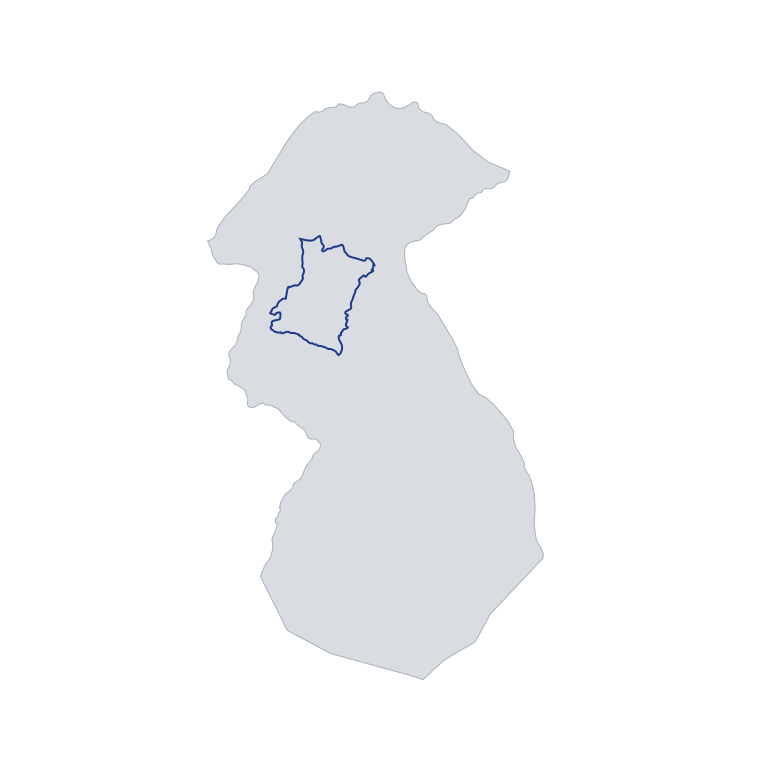 location of San Pedro within Paraguay, rotated 209°
{"feature_id": "PRY-606", "entity_name": "San Pedro", "entity_type": "Department", "adm_level": 1, "iso_a3": "PRY", "parent_name": "Paraguay", "parent_adm1": "", "projection": "natural_earth1", "projection_center": [-56.605, -24.173], "detail": "fine", "context": "in_parent", "style": "outline", "palette": "blue", "viewbox_px": 768, "rotation_deg": 209, "n_neighbors": 0, "source": "natural_earth", "source_scale": "10m", "svg_char_len": 7896}
<svg xmlns="http://www.w3.org/2000/svg" viewBox="0 0 768 768"><g transform="rotate(209 384 384)"><path d="M399.2,177.3L400.4,181.9L401.1,185.5L402.8,188.0L404.6,191.4L406.4,193.2L407.6,196.4L407.3,200.0L408.0,204.6L408.9,208.6L409.8,209.6L412.3,210.6L413.6,214.3L412.7,216.1L413.1,218.2L414.0,220.2L413.1,222.2L413.6,223.8L415.3,225.1L416.9,230.2L417.1,238.8L415.3,243.4L413.9,247.1L413.6,249.5L414.7,252.8L412.9,256.8L410.8,261.6L411.3,265.0L411.7,268.1L411.9,271.5L412.4,274.6L411.7,278.0L411.0,280.9L410.7,284.3L411.6,288.1L410.0,291.6L409.1,294.1L408.8,296.7L410.4,300.6L414.4,302.3L417.6,302.7L420.6,300.6L422.9,300.0L427.1,301.9L431.0,305.3L435.9,305.7L440.3,306.3L443.7,307.4L448.6,306.1L453.7,307.4L459.7,309.2L464.6,310.9L469.6,310.5L473.3,310.3L477.1,308.4L480.8,308.6L483.7,305.3L485.3,302.3L486.7,300.2L490.7,298.5L493.5,299.6L495.8,305.0L499.9,308.2L501.5,310.5L504.5,311.6L511.0,311.8L515.0,311.6L519.6,313.2L522.6,313.2L525.2,316.2L527.7,319.7L528.0,326.2L530.3,331.3L533.3,333.2L534.9,336.3L534.3,340.7L532.9,345.1L533.1,350.0L534.7,354.4L534.7,358.8L535.7,363.2L537.8,367.0L538.5,373.0L538.1,377.5L539.5,380.0L540.1,383.5L539.2,386.5L538.8,390.5L539.0,394.0L540.0,397.0L543.2,400.8L544.0,407.5L544.0,412.1L545.4,417.6L548.1,420.1L552.3,420.9L557.2,421.8L563.1,420.5L568.4,419.0L571.4,417.6L577.2,413.6L582.3,411.3L584.9,409.8L587.4,408.7L592.5,411.3L597.2,414.4L600.9,418.8L607.7,423.6L606.4,424.8L603.6,428.8L603.7,433.4L605.5,440.1L603.8,454.2L598.4,475.7L596.2,488.3L597.1,491.8L595.1,498.1L587.8,511.6L587.5,520.7L586.5,548.0L584.0,567.3L579.9,581.5L576.1,589.1L572.8,590.0L570.4,592.3L568.9,595.9L566.2,598.9L562.2,601.3L560.0,603.9L559.7,606.8L555.9,608.6L548.6,609.5L544.4,611.8L543.1,615.5L540.7,618.5L537.1,620.7L535.4,624.4L535.5,629.5L533.5,633.9L529.2,637.5L525.2,637.6L521.6,634.2L516.7,631.9L510.6,630.7L505.5,631.6L501.4,634.5L497.8,639.1L494.7,645.3L491.2,646.4L487.3,642.2L482.4,640.9L476.5,642.5L471.8,642.0L468.3,639.2L462.9,638.9L455.7,641.0L441.0,638.5L418.8,631.3L400.1,628.6L377.1,631.1L375.2,623.6L376.4,619.6L380.1,616.5L382.4,613.1L383.3,609.2L385.9,606.2L390.1,604.2L391.9,602.1L391.2,600.1L392.1,598.2L394.5,596.6L395.9,594.1L396.2,590.6L397.1,588.9L398.7,587.7L398.9,585.3L398.0,577.9L398.1,571.9L399.2,567.2L400.6,564.3L401.6,563.6L402.5,561.9L402.9,559.1L404.4,556.5L411.7,551.0L414.5,548.1L414.7,545.4L415.8,541.7L420.1,533.9L421.5,530.2L421.6,528.4L423.1,526.5L428.4,522.2L431.2,518.1L431.7,514.2L430.4,509.9L427.4,505.0L418.0,492.8L410.6,487.3L401.3,482.7L395.1,481.2L392.2,482.8L389.2,481.6L386.1,477.4L381.0,474.2L370.1,470.6L345.5,456.3L335.7,449.5L332.3,445.2L323.1,437.6L308.0,426.6L296.4,421.2L288.3,421.5L275.4,418.3L257.6,411.6L247.3,405.1L244.5,398.8L237.9,392.5L227.4,386.2L222.0,382.0L221.6,380.0L218.5,377.4L212.7,374.2L206.3,368.7L199.3,360.9L191.8,348.9L183.8,332.6L175.3,321.6L166.2,315.9L161.7,312.1L161.7,310.3L160.3,308.5L161.5,305.4L164.6,293.0L169.2,275.0L173.9,256.4L179.5,234.5L179.4,218.9L179.2,202.5L187.4,189.1L193.1,179.5L198.1,170.4L203.1,154.8L206.5,144.4L219.6,141.9L241.8,136.5L252.9,133.8L276.3,128.1L300.0,122.4L325.0,122.0L349.2,121.6L367.9,134.6L382.3,144.4L398.0,155.3L399.1,157.7L400.2,166.8L399.2,177.3Z" fill="#d9dde1" stroke="#a8b0b8" stroke-width="1"/><path d="M527.6,470.3L521.3,472.2L517.1,474.1L516.0,475.1L515.2,476.1L512.9,481.1L512.4,481.9L511.9,482.3L511.5,482.1L509.0,479.6L507.2,477.3L506.9,477.0L506.5,476.8L504.1,475.8L503.6,475.4L503.2,475.0L503.1,474.5L503.0,474.0L503.1,473.5L503.3,472.6L503.2,471.9L503.0,471.1L502.3,470.4L501.9,470.4L501.3,470.7L500.8,471.3L500.3,472.0L500.0,472.7L499.7,473.5L499.2,474.4L498.6,475.2L496.3,476.6L495.7,477.2L495.4,477.8L495.1,478.5L494.7,479.2L494.2,479.8L492.6,480.8L492.0,481.2L488.2,485.5L486.2,484.6L486.0,484.3L485.7,484.1L483.7,481.7L482.8,481.0L477.9,478.9L477.1,478.8L473.5,479.2L470.6,480.1L462.2,481.8L461.5,482.1L461.1,482.3L460.6,482.7L460.4,482.9L460.4,483.1L460.3,483.5L460.3,483.8L460.3,484.0L460.4,484.4L460.4,484.7L460.4,485.0L460.3,485.3L460.0,485.7L459.4,486.1L458.3,486.5L457.4,486.6L456.4,486.5L454.6,485.9L451.1,484.2L450.1,483.4L450.9,483.1L451.1,482.7L450.9,482.2L450.3,481.5L449.9,480.7L449.8,480.2L450.0,479.6L450.1,478.9L450.0,477.9L449.6,477.9L449.2,478.3L448.7,478.2L448.3,477.6L448.3,477.2L451.0,473.1L451.8,469.5L452.0,469.1L452.6,468.7L453.1,468.9L453.5,469.1L454.1,469.1L454.9,468.4L455.2,467.4L455.5,466.2L456.6,463.7L456.3,462.6L455.4,461.8L454.7,461.4L454.3,460.6L453.9,459.8L453.7,458.9L453.7,457.7L453.9,455.0L454.4,453.0L454.5,452.4L453.9,450.8L453.6,449.9L453.1,445.4L452.6,443.5L452.3,439.6L452.1,438.7L451.6,437.6L451.1,436.9L450.1,435.7L449.9,435.2L449.7,434.7L449.7,433.8L449.7,433.5L449.7,433.2L449.9,432.9L450.9,431.7L451.3,430.6L452.3,429.3L452.7,428.1L451.9,426.9L451.4,426.7L449.5,426.9L449.0,426.7L448.8,426.1L448.8,425.5L449.2,424.9L449.5,423.9L449.1,422.8L448.2,422.1L447.2,422.5L446.6,421.0L446.5,419.3L446.3,417.7L445.3,416.4L444.8,416.3L444.1,416.3L443.4,416.2L443.1,415.8L443.3,415.0L443.7,414.4L444.1,413.9L444.3,413.6L444.5,413.4L445.7,412.5L445.9,411.9L446.1,409.9L446.4,408.0L446.5,407.5L446.3,407.2L445.9,406.8L445.5,406.4L445.3,405.7L445.5,405.3L446.4,404.9L446.7,404.3L446.7,403.6L446.5,403.1L445.7,402.1L444.1,400.5L440.2,398.1L438.8,396.4L437.4,393.6L437.3,392.7L437.2,392.0L436.9,390.7L436.9,389.9L437.1,389.2L437.5,388.0L437.7,387.3L439.0,387.5L439.7,387.8L439.9,387.9L440.2,388.1L441.6,388.9L441.8,389.0L442.4,389.2L442.7,389.2L446.3,388.9L446.4,389.0L446.8,388.9L447.4,388.8L448.4,388.3L449.3,387.8L449.7,387.6L450.3,387.6L452.8,387.6L456.6,386.9L458.9,386.1L459.3,385.9L459.5,385.7L459.8,385.5L460.1,385.4L460.5,385.3L461.0,385.4L461.4,385.5L461.8,385.6L462.2,385.7L462.6,385.6L463.6,385.1L464.3,384.8L464.9,384.8L466.2,384.9L466.7,384.8L467.0,384.7L467.4,384.4L467.8,384.0L468.2,383.8L468.6,383.8L469.9,383.9L472.6,384.6L475.7,384.4L476.5,384.5L477.0,384.6L478.3,385.3L478.8,385.4L479.5,385.4L480.9,385.2L481.5,385.3L482.0,385.4L482.3,385.9L482.8,385.9L483.6,385.8L485.3,385.4L486.1,385.3L486.6,385.3L487.0,385.2L489.3,383.9L491.4,383.2L491.9,383.2L492.2,383.3L492.6,383.3L493.0,383.3L494.2,382.6L494.9,381.8L495.7,381.2L496.1,380.4L496.8,379.5L498.5,378.7L499.1,379.2L499.3,379.1L499.7,378.9L500.3,378.4L501.5,377.6L502.5,377.3L503.7,377.2L504.2,377.0L504.7,376.7L505.0,376.7L505.8,377.0L506.5,377.1L508.8,377.2L509.5,377.5L510.0,377.7L510.4,378.2L510.7,378.6L510.8,379.0L510.8,379.4L510.6,379.8L510.4,380.4L510.3,380.8L510.4,381.1L510.6,381.5L511.5,382.4L511.7,382.6L511.9,383.0L512.1,383.5L512.2,383.8L512.2,384.0L512.1,384.4L512.0,384.7L511.7,385.3L511.2,385.9L506.8,389.8L506.6,390.2L506.6,390.6L506.8,391.1L507.0,392.0L507.5,393.0L508.4,394.9L509.1,395.7L509.6,396.1L509.9,396.1L510.2,396.0L511.0,395.2L511.4,394.9L512.0,394.6L512.2,394.4L512.4,394.1L512.6,393.7L512.6,393.1L512.6,392.2L512.7,391.9L512.9,391.7L513.3,391.5L516.6,390.8L517.3,390.7L517.9,390.8L518.0,391.1L518.0,391.4L517.9,392.1L517.8,392.9L518.0,395.2L518.0,395.6L517.9,396.0L517.5,396.9L517.2,397.4L516.7,398.1L515.5,399.8L515.4,400.1L515.4,400.4L515.7,401.4L515.8,402.9L515.8,404.6L515.7,405.0L515.7,405.3L515.4,405.9L514.5,407.8L514.2,408.9L514.1,409.1L514.0,409.3L512.2,410.7L511.7,410.9L511.3,411.0L514.6,420.6L514.8,422.1L514.7,422.5L514.4,422.4L514.0,422.4L513.8,422.5L513.6,422.7L512.8,423.6L512.1,424.6L510.9,425.9L510.2,426.9L510.0,427.1L509.7,427.2L508.5,427.5L508.2,427.7L508.0,427.8L507.7,428.0L506.7,429.6L506.5,429.9L506.3,430.9L506.3,432.3L506.0,435.2L506.0,436.4L506.1,437.3L507.3,438.3L507.5,438.7L507.8,439.3L507.9,440.0L508.1,442.1L508.3,443.0L508.6,443.8L508.9,444.4L509.3,444.9L509.7,445.4L510.2,445.7L510.7,446.0L511.7,446.4L512.1,446.6L512.4,446.9L512.6,447.3L513.7,450.1L516.5,454.4L517.6,456.9L518.4,459.6L519.0,461.0L519.6,461.8L521.1,462.9L522.0,463.7L523.0,464.9L523.5,466.4L523.9,467.3L524.2,468.0L524.7,468.5L527.6,470.3Z" fill="none" stroke="#1e3a8a" stroke-width="2"/></g></svg>